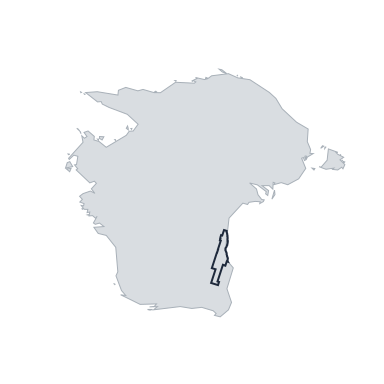 Dundas, Western Australia, Australia (highlighted), rotated 288°
{"feature_id": "25037944B97036074912579", "entity_name": "Dundas", "entity_type": "district", "adm_level": 2, "iso_a3": "AUS", "parent_name": "Australia", "parent_adm1": "Western Australia", "projection": "equal_earth", "projection_center": [126.268, -32.126], "detail": "fine", "context": "in_parent", "style": "outline", "palette": "slate", "viewbox_px": 384, "rotation_deg": 288, "n_neighbors": 0, "source": "geoboundaries", "source_scale": "gbopen_adm2", "svg_char_len": 6003}
<svg xmlns="http://www.w3.org/2000/svg" viewBox="0 0 384 384"><g transform="rotate(288 192 192)"><path d="M258.1,70.9L261.3,91.6L266.0,90.6L271.0,96.7L271.5,109.3L274.4,113.7L274.8,125.3L276.7,131.3L291.3,142.5L296.2,160.6L297.9,161.6L298.3,158.3L301.4,161.6L302.0,160.0L302.8,169.2L304.6,171.9L308.6,174.8L315.8,190.1L314.7,200.3L316.7,212.4L310.6,234.8L306.9,242.9L299.0,252.0L290.7,269.8L287.8,283.0L275.5,286.1L269.0,291.7L265.2,292.2L266.0,295.4L260.6,290.7L261.5,289.6L261.2,288.5L260.1,288.4L258.0,290.5L256.7,289.2L259.2,287.3L258.0,285.8L249.6,292.9L237.5,289.4L228.5,280.8L228.5,274.0L224.4,267.8L226.3,268.0L226.3,266.2L219.7,268.0L221.9,263.4L219.7,256.7L217.0,264.4L212.1,265.1L213.0,262.6L215.3,262.5L219.0,252.0L218.4,244.0L214.8,252.4L209.8,255.6L206.4,260.6L206.8,263.1L204.9,262.8L201.9,260.0L203.8,259.9L202.6,255.0L199.8,249.4L197.3,248.7L197.1,243.8L178.6,235.3L147.0,241.7L137.0,247.5L132.6,254.7L110.8,255.1L99.2,263.7L91.2,263.1L82.0,257.4L81.6,251.5L83.9,252.5L85.6,248.9L85.3,236.9L81.2,227.8L79.4,216.2L68.1,191.9L72.3,194.5L69.6,187.1L71.5,191.5L74.6,192.8L69.1,177.4L72.2,155.9L73.1,161.0L76.5,155.4L88.8,145.6L93.2,146.1L115.8,136.6L124.2,123.9L123.6,115.6L128.1,109.6L131.9,118.9L133.9,113.7L131.4,110.0L132.1,107.8L139.6,109.3L137.2,108.4L138.8,104.7L137.4,101.5L141.4,101.0L140.0,98.6L143.3,98.3L142.2,94.8L145.0,90.8L145.3,93.2L147.6,92.9L147.8,88.4L151.1,90.0L153.2,86.4L156.8,88.9L161.5,95.1L160.7,100.1L163.9,95.3L170.7,98.4L172.1,95.8L169.1,92.0L177.2,75.0L178.8,76.1L181.5,71.9L182.4,73.7L190.7,72.4L190.5,68.2L185.0,65.2L185.9,64.2L205.6,73.0L211.4,69.8L209.9,73.1L212.3,75.0L215.3,70.9L217.9,74.3L214.7,81.9L211.2,82.6L211.3,88.0L208.0,96.6L225.6,112.0L230.4,113.5L231.8,117.2L239.8,119.8L245.9,106.4L246.8,86.9L247.9,79.5L249.9,77.7L248.5,74.3L253.7,60.1L258.1,70.9ZM255.2,307.0L264.0,310.7L275.1,308.4L274.8,318.5L274.2,316.7L272.9,318.9L271.9,325.5L268.3,322.8L265.3,328.9L260.7,328.4L261.8,326.7L258.0,323.8L256.9,318.7L258.6,319.6L255.0,312.4L255.2,307.0ZM175.7,64.3L181.4,64.3L183.1,66.4L179.3,70.7L175.7,64.3ZM209.9,270.2L219.3,269.9L215.2,271.7L209.9,270.2ZM216.2,86.9L217.3,91.1L213.7,90.4L214.4,87.4L216.2,86.9ZM315.4,188.3L315.5,183.7L317.2,179.8L317.5,182.6L315.4,188.3ZM273.3,300.9L276.3,301.8L276.3,303.2L273.3,300.9ZM175.1,65.5L177.1,69.7L173.5,69.4L175.1,65.5ZM252.3,301.6L250.6,301.2L251.8,298.7L252.3,301.6ZM234.9,110.3L233.1,111.5L231.4,112.2L232.3,109.8L234.9,110.3ZM68.1,190.8L66.7,188.6L66.5,186.5L66.7,186.4L68.1,190.8ZM275.4,304.6L276.5,305.6L274.3,304.8L275.4,304.6ZM304.0,169.8L305.3,169.8L305.1,171.8L304.0,169.8ZM275.2,125.1L276.7,126.4L276.4,127.1L275.2,125.1ZM267.9,326.4L267.8,328.0L266.7,327.5L267.9,326.4ZM316.5,202.0L316.4,204.5L316.2,204.5L316.5,202.0ZM190.2,64.1L189.3,62.9L189.9,62.3L190.2,64.1ZM216.7,64.3L215.3,66.4L217.0,62.7L216.7,64.3ZM317.0,199.0L316.3,199.8L316.8,198.9L317.0,199.0ZM218.2,102.9L217.4,103.4L217.9,102.3L218.2,102.9ZM213.4,86.8L212.4,87.0L213.1,85.7L213.4,86.8ZM80.8,145.7L80.5,147.3L80.1,147.2L80.8,145.7ZM252.0,59.1L252.0,60.5L251.6,59.5L252.0,59.1ZM260.1,289.1L260.3,289.9L260.0,289.6L260.1,289.1ZM215.0,67.0L213.1,68.5L215.0,66.7L215.0,67.0ZM142.3,92.7L141.6,93.7L142.0,92.5L142.3,92.7ZM268.6,325.2L268.0,325.6L268.4,325.0L268.6,325.2ZM233.9,115.2L232.9,115.2L233.5,114.3L233.9,115.2ZM138.5,100.3L138.0,100.9L137.9,99.5L138.5,100.3ZM273.4,321.8L272.6,322.2L272.9,321.3L273.4,321.8ZM252.8,55.1L252.6,56.1L252.1,55.6L252.8,55.1ZM259.6,290.1L260.3,290.9L259.0,290.7L259.6,290.1ZM293.1,142.4L292.4,142.4L292.7,141.3L293.1,142.4ZM297.8,158.2L297.4,158.2L297.7,157.3L297.8,158.2ZM255.7,305.7L255.4,306.4L255.3,305.6L255.7,305.7Z" fill="#d9dde1" stroke="#a8b0b8" stroke-width="1"/><path d="M165.7,234.2L160.0,234.2L160.0,233.0L158.2,233.0L156.2,233.2L156.2,233.5L154.6,233.5L154.6,234.4L152.5,234.4L149.0,234.4L145.2,234.4L145.2,234.6L142.0,234.6L142.0,234.4L138.6,234.4L135.5,234.4L129.4,234.4L125.7,234.4L125.8,238.3L118.7,238.3L114.5,238.3L111.4,238.3L111.5,245.5L114.8,245.5L114.8,243.9L116.0,243.9L117.5,243.9L119.3,243.9L122.0,243.9L122.9,243.9L123.5,243.9L132.4,243.9L132.4,245.0L132.2,245.0L132.2,246.5L136.8,246.5L136.8,247.7L137.0,247.5L137.1,247.4L137.4,247.2L137.7,247.1L137.9,247.0L138.2,246.9L138.3,246.9L138.5,246.8L138.8,246.8L139.0,246.8L139.1,246.7L139.5,246.7L139.8,246.6L140.0,246.6L140.2,246.4L140.3,246.4L140.5,246.3L140.6,246.2L140.8,246.1L141.0,245.9L141.1,245.7L141.3,245.6L141.5,245.5L141.5,245.4L141.7,245.2L141.8,245.2L142.1,245.1L142.3,245.0L142.3,244.9L142.5,244.8L142.6,244.7L142.8,244.6L143.0,244.5L143.1,244.4L143.3,244.3L143.4,244.2L143.5,244.2L143.9,244.1L144.0,244.1L144.4,243.9L144.6,243.8L144.7,243.7L144.8,243.7L145.0,243.5L145.1,243.4L145.3,243.3L145.3,243.2L145.5,243.0L145.6,242.9L145.8,242.8L145.9,242.7L146.0,242.6L146.2,242.4L146.3,242.3L146.4,242.2L146.5,242.2L146.8,242.1L146.9,241.9L147.0,241.9L147.2,241.7L147.3,241.7L147.5,241.6L147.8,241.5L148.0,241.6L148.3,241.4L148.5,241.3L148.8,241.2L148.9,241.3L149.0,241.3L149.4,241.4L149.5,241.5L149.8,241.6L150.1,241.6L150.3,241.7L150.8,241.8L151.0,241.8L151.4,241.8L151.5,241.8L151.8,241.8L152.0,241.8L152.1,241.7L152.4,241.7L152.5,241.7L152.6,241.8L152.7,241.7L152.8,241.7L152.9,241.8L153.0,241.8L153.3,241.8L153.3,241.7L153.5,241.7L153.8,241.7L154.0,241.6L154.3,241.6L154.5,241.6L154.8,241.6L155.0,241.5L155.3,241.5L155.4,241.4L155.5,241.4L155.8,241.3L156.0,241.3L156.0,241.2L156.3,241.2L156.5,241.1L156.8,241.0L156.8,240.9L157.0,240.8L157.2,240.7L157.3,240.7L157.7,240.5L157.8,240.5L158.0,240.4L158.3,240.3L158.6,240.3L158.7,240.2L158.8,240.2L159.0,240.2L159.4,240.1L159.5,240.0L159.8,239.9L160.0,239.8L160.2,239.7L160.3,239.7L160.5,239.6L160.8,239.5L161.0,239.4L161.3,239.3L161.3,239.2L161.5,239.2L161.8,239.0L162.0,238.9L162.3,238.8L162.4,238.7L162.5,238.7L162.8,238.5L162.9,238.4L163.0,238.4L163.3,238.2L163.5,238.2L163.8,237.9L164.1,237.7L164.3,237.5L164.5,237.4L164.8,237.3L164.8,237.2L165.0,237.1L165.3,237.0L165.4,236.9L165.7,236.9L165.7,234.2Z" fill="none" stroke="#1e293b" stroke-width="2"/></g></svg>